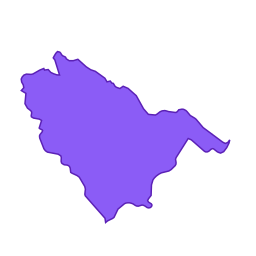 the Metropolitan department of Doubs, rotated 259°
{"feature_id": "FRA-5287", "entity_name": "Doubs", "entity_type": "Metropolitan department", "adm_level": 1, "iso_a3": "FRA", "parent_name": "France", "parent_adm1": "", "projection": "albers", "projection_center": [6.359, 47.06], "detail": "fine", "context": "isolated", "style": "filled", "palette": "violet", "viewbox_px": 256, "rotation_deg": 259, "n_neighbors": 0, "source": "natural_earth", "source_scale": "10m", "svg_char_len": 2144}
<svg xmlns="http://www.w3.org/2000/svg" viewBox="0 0 256 256"><g transform="rotate(259 128 128)"><path d="M202.5,56.7L200.8,57.1L200.6,60.8L197.3,62.8L195.4,65.4L193.7,68.4L193.1,70.9L208.7,69.2L211.1,68.0L213.1,69.6L215.1,71.4L216.5,73.4L215.5,75.5L214.2,76.3L212.9,76.7L211.5,77.5L209.6,80.1L208.9,80.4L207.7,80.6L205.3,83.1L204.5,87.1L205.0,91.9L196.1,98.6L192.3,102.5L189.9,106.7L189.6,107.0L181.3,114.8L177.3,116.2L177.5,119.5L175.6,120.5L175.1,120.8L174.6,122.1L171.3,123.3L170.1,124.5L168.3,127.6L169.9,131.2L166.9,135.6L158.1,142.3L143.9,146.9L137.5,150.6L135.5,157.4L136.1,159.2L137.8,162.5L138.3,164.7L138.1,167.4L137.6,168.6L137.3,169.2L136.4,170.9L134.3,177.2L134.1,178.2L134.5,179.2L135.2,180.2L136.2,181.3L136.2,184.6L135.7,186.2L134.2,188.1L132.8,189.1L128.4,191.5L124.9,195.4L123.6,196.5L114.1,201.8L96.1,218.2L94.3,220.5L94.7,223.1L96.9,225.6L94.0,224.3L89.9,221.2L86.5,217.4L85.7,214.1L86.6,212.5L87.5,211.2L91.3,207.9L91.6,207.0L91.3,205.5L89.7,202.8L89.4,201.2L89.7,199.7L90.5,198.6L104.3,187.9L106.2,185.1L89.7,169.5L88.2,168.7L85.0,168.6L83.4,168.2L82.1,167.2L79.0,162.5L78.0,159.9L77.6,152.2L76.8,149.5L75.5,146.7L73.9,144.3L72.3,142.6L67.7,140.2L57.4,137.8L54.6,134.6L53.0,133.4L51.4,134.0L49.1,136.4L48.1,136.8L47.1,136.6L46.2,135.8L45.6,134.6L45.6,133.1L46.2,131.7L48.4,129.5L49.3,128.2L49.7,126.9L49.3,123.4L49.7,121.7L50.5,120.5L52.5,118.5L53.4,117.1L54.2,115.4L54.6,113.6L54.7,111.7L54.4,110.2L50.3,102.7L42.9,97.2L42.2,95.7L40.7,90.2L39.5,88.0L43.8,88.2L69.6,73.1L71.2,73.0L76.1,74.5L78.9,74.4L89.0,70.8L91.0,69.0L94.4,64.3L95.4,63.3L99.7,63.6L101.3,63.2L102.1,62.7L102.7,62.0L103.2,61.2L104.0,58.6L104.5,57.8L105.8,56.5L106.4,56.1L108.1,56.0L111.8,56.9L113.5,56.7L115.6,54.5L119.7,44.3L121.4,42.6L123.6,41.5L135.0,39.4L137.1,39.6L138.4,40.4L140.5,42.9L141.7,43.7L142.5,43.4L144.2,41.2L144.9,40.8L151.9,44.6L153.6,42.7L155.8,37.1L157.4,35.3L158.5,35.3L161.1,36.3L162.4,36.4L163.6,35.8L166.7,33.1L171.5,31.5L181.5,34.4L185.1,30.4L187.4,33.4L190.3,33.4L193.4,32.4L196.4,32.5L198.3,33.9L199.8,35.9L200.3,38.5L199.1,43.2L199.2,45.1L201.7,52.5L202.5,56.7Z" fill="#8b5cf6" stroke="#5b21b6" stroke-width="1.5"/></g></svg>